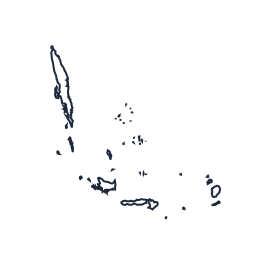 Kepulauan Selayar, Sulawesi Selatan, Indonesia (Natural Earth projection), rotated 346°
{"feature_id": "22746128B1615833901652", "entity_name": "Kepulauan Selayar", "entity_type": "district", "adm_level": 2, "iso_a3": "IDN", "parent_name": "Indonesia", "parent_adm1": "Sulawesi Selatan", "projection": "natural_earth1", "projection_center": [120.768, -6.627], "detail": "fine", "context": "isolated", "style": "outline", "palette": "slate", "viewbox_px": 256, "rotation_deg": 346, "n_neighbors": 0, "source": "geoboundaries", "source_scale": "gbopen_adm2", "svg_char_len": 5785}
<svg xmlns="http://www.w3.org/2000/svg" viewBox="0 0 256 256"><g transform="rotate(346 128 128)"><path d="M70.2,81.0L70.4,86.2L69.9,87.4L70.2,88.5L72.7,89.0L73.6,90.3L73.4,91.2L72.7,92.1L73.2,93.2L72.7,96.7L73.0,99.7L72.7,101.2L72.0,102.0L71.0,101.2L71.7,103.1L72.5,103.3L72.4,103.9L71.6,103.5L71.6,104.1L72.9,107.3L73.8,114.0L74.7,110.6L75.6,108.5L76.3,107.9L75.2,105.7L75.5,105.0L74.6,103.5L75.0,102.9L74.9,102.3L75.3,102.6L76.0,102.3L75.9,101.1L76.6,100.1L76.4,99.4L77.4,99.3L77.5,98.1L77.0,97.6L78.0,97.3L77.4,96.2L79.0,95.2L78.7,92.0L79.1,91.3L79.1,90.0L78.6,88.3L79.0,86.4L78.2,86.1L78.3,85.1L77.6,83.7L78.2,83.5L77.9,83.2L78.2,82.9L77.9,82.0L78.4,80.8L78.1,79.8L80.0,74.1L79.9,73.4L79.1,72.8L80.2,72.7L79.5,71.2L79.8,70.9L80.4,71.1L80.6,70.5L80.3,69.1L80.7,69.1L80.8,68.1L80.3,67.4L80.7,67.5L80.6,66.2L81.3,66.5L81.8,65.2L80.9,58.3L80.3,57.1L80.4,56.2L79.8,53.1L79.0,51.6L78.5,49.5L78.6,45.5L77.8,43.0L78.2,42.0L77.7,41.0L76.9,41.2L75.6,38.6L75.6,37.2L76.2,36.4L74.7,33.6L73.6,33.8L71.8,36.2L70.9,42.3L70.9,47.1L70.2,54.5L70.9,60.4L70.5,63.3L70.9,64.5L70.7,65.7L70.9,67.0L72.1,69.5L71.9,71.1L70.4,74.6L70.7,74.9L70.4,77.0L68.8,77.7L69.0,78.6L68.4,79.0L68.9,79.0L68.6,79.7L70.2,81.0ZM87.9,169.2L86.8,169.6L87.5,175.0L86.8,175.2L86.2,176.5L85.7,176.4L85.9,177.1L85.3,177.4L86.7,178.2L86.8,180.0L87.4,179.3L88.2,180.1L88.1,180.8L87.4,180.8L87.6,181.6L87.1,181.7L88.1,182.9L87.9,183.8L88.7,183.4L90.0,184.1L90.4,185.1L91.0,185.0L91.5,185.8L91.5,185.3L92.5,184.9L91.4,183.4L90.0,183.3L90.7,182.5L92.7,182.7L93.9,183.3L94.2,183.9L97.1,183.4L97.6,184.0L98.7,183.3L98.9,183.6L99.0,183.4L99.7,183.5L99.9,183.6L99.5,183.6L99.7,184.1L100.4,183.7L100.7,184.1L101.7,180.6L102.2,180.0L102.5,175.8L100.5,177.7L99.4,178.0L98.2,177.6L95.9,175.8L91.8,173.9L90.4,171.3L87.9,169.2ZM105.8,197.7L103.7,198.3L103.4,199.1L104.4,200.9L106.7,202.0L108.6,201.5L110.8,202.8L112.5,203.3L116.0,202.9L118.6,204.9L120.5,205.0L123.2,205.8L126.1,205.0L127.7,205.1L127.7,204.3L128.9,202.3L123.2,200.2L122.2,200.5L119.4,200.2L119.1,199.8L118.1,200.4L115.1,200.5L113.4,199.3L112.6,199.5L110.9,199.3L109.0,198.7L107.6,197.8L105.8,197.7ZM200.4,205.6L197.3,206.0L196.8,206.5L196.0,206.6L195.8,207.1L194.8,207.1L194.4,207.7L194.3,210.5L193.5,211.4L193.4,213.7L193.5,214.8L194.3,215.7L196.8,215.8L198.9,213.9L200.8,212.9L202.4,210.1L202.5,207.9L201.4,206.0L200.4,205.6ZM131.9,202.7L130.5,202.7L130.2,205.5L130.7,207.8L130.6,209.1L128.6,210.2L129.5,210.6L132.2,212.9L134.5,211.4L137.7,210.1L138.6,208.6L138.5,207.2L136.8,206.4L135.5,206.5L134.8,204.5L133.7,203.8L132.8,204.2L131.9,202.7ZM68.7,70.8L68.0,72.0L67.3,71.8L66.7,72.7L66.0,76.3L65.5,77.1L65.1,79.0L65.7,81.5L66.6,81.4L67.3,82.2L67.8,82.0L68.4,80.8L67.7,79.2L68.0,78.2L67.4,74.6L67.9,73.5L67.7,72.8L68.4,72.4L68.9,71.4L68.7,70.8ZM103.0,144.8L101.9,147.1L102.2,148.6L103.1,149.5L103.5,154.5L104.0,152.7L105.2,150.7L104.7,149.2L104.5,146.6L103.0,144.8ZM195.0,198.0L195.0,198.5L194.5,198.2L194.1,198.6L193.5,198.5L192.7,199.9L192.0,199.8L191.8,201.6L194.3,200.8L196.1,200.7L196.6,199.2L195.8,198.2L195.0,198.0ZM69.3,123.1L68.5,123.7L68.2,124.9L67.8,125.0L68.5,125.9L68.3,129.6L69.7,130.1L70.1,127.7L69.6,126.5L69.7,123.6L69.3,123.1ZM198.3,221.2L194.5,222.7L193.6,222.5L192.4,223.2L191.4,223.0L191.4,223.4L194.2,223.7L196.0,223.0L198.7,222.8L198.9,221.9L198.3,221.2ZM81.2,177.3L80.6,178.0L81.4,179.4L82.6,178.8L83.9,179.2L84.0,179.9L84.5,180.2L85.1,180.2L86.0,179.1L85.9,178.1L83.9,178.3L83.2,177.7L81.5,177.8L81.2,177.3ZM69.5,131.2L68.7,131.7L68.6,138.1L69.9,133.4L69.9,132.1L69.3,131.6L69.5,131.2ZM70.7,163.7L69.6,163.9L69.1,165.3L69.4,166.0L71.2,165.0L70.7,163.7ZM54.0,133.7L53.6,134.1L53.5,135.8L54.7,136.3L54.4,135.9L54.8,135.5L54.7,134.1L54.0,133.7ZM74.4,30.5L73.4,30.5L72.9,31.7L73.9,32.3L74.5,32.0L74.4,30.5ZM162.7,218.7L162.1,218.9L162.0,219.8L163.2,220.4L163.4,219.6L162.7,218.7ZM69.1,110.3L68.2,110.9L67.9,112.9L68.5,113.0L69.0,112.4L68.8,110.9L69.1,110.3ZM80.4,175.4L79.1,175.7L79.1,176.6L80.3,176.6L80.4,175.4ZM71.8,91.7L70.8,91.3L71.2,92.4L71.6,92.7L72.3,92.3L72.0,91.5L71.8,91.7ZM194.3,193.7L193.7,193.7L192.8,194.5L193.6,195.0L194.2,194.7L194.3,193.7ZM143.4,223.9L142.0,224.1L143.2,224.3L142.5,225.5L143.4,224.3L143.4,223.9ZM122.9,113.5L122.5,113.6L120.9,114.7L122.4,114.5L122.9,113.5ZM77.5,167.7L76.9,168.1L78.2,169.7L78.2,169.2L77.5,167.7ZM137.5,138.0L136.2,140.3L136.1,141.0L137.5,138.0ZM71.8,95.2L70.6,94.8L71.2,95.5L71.8,95.2ZM168.2,186.1L168.3,185.6L167.8,185.3L167.6,185.8L168.2,186.1ZM81.2,176.6L81.0,176.2L80.9,177.2L81.5,177.1L81.8,176.3L81.2,176.6ZM120.1,141.9L119.6,142.1L119.7,143.3L120.1,141.9ZM70.8,96.8L70.6,97.3L70.3,97.4L70.3,97.5L71.3,97.2L70.8,96.8ZM72.0,93.1L71.2,93.0L71.0,93.3L72.0,93.4L72.0,93.1ZM136.0,144.0L136.3,141.6L136.2,141.4L136.0,144.0ZM122.8,119.1L122.8,117.8L122.8,117.6L122.5,118.4L122.8,119.1ZM139.0,142.7L139.1,142.4L139.0,142.7L138.6,142.6L138.5,143.6L138.7,143.3L138.4,143.9L138.5,144.2L139.0,142.7ZM136.0,146.3L135.9,145.3L135.6,147.1L136.0,146.3ZM102.5,164.8L103.3,164.6L102.8,164.4L102.5,164.8ZM131.9,176.6L132.3,176.1L132.2,175.6L131.9,176.3L131.9,176.6ZM134.3,177.9L134.4,177.2L134.4,176.7L134.2,177.5L134.3,177.9ZM85.0,176.4L85.3,175.6L85.2,175.5L85.0,176.4ZM125.1,122.9L125.2,122.4L125.2,121.4L125.0,122.0L125.1,122.9ZM129.8,143.3L129.6,142.2L129.4,142.9L129.8,143.3ZM132.1,122.4L132.3,121.8L132.2,121.4L132.1,121.8L132.1,122.4ZM135.7,113.8L135.6,113.5L135.3,113.1L135.4,113.7L135.7,113.8ZM118.1,116.7L118.4,115.7L118.5,115.2L118.1,116.7ZM131.9,104.5L132.1,104.3L132.0,103.8L131.9,104.5ZM128.8,174.3L128.9,174.0L128.9,173.5L128.7,173.9L128.8,174.3ZM131.2,138.9L130.5,138.8L131.1,139.0L131.2,138.9ZM135.4,110.2L135.0,109.5L134.8,109.1L135.4,110.2ZM132.5,203.3L132.0,202.5L131.9,202.6L132.5,203.3ZM142.0,145.3L142.1,144.7L142.0,145.1L142.0,145.3Z" fill="none" stroke="#1e293b" stroke-width="2"/></g></svg>